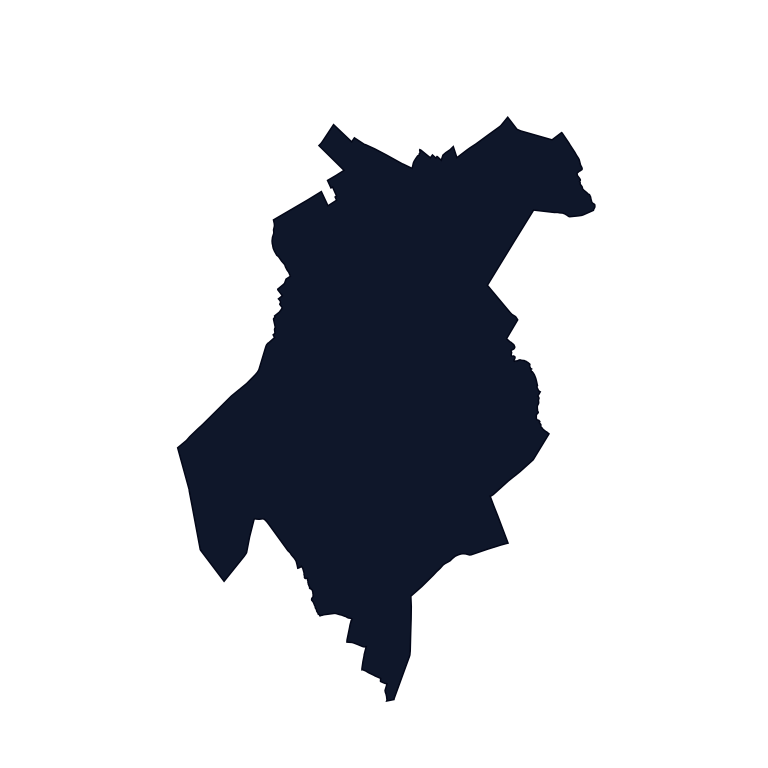 Giarmata, Timis, Romania (Natural Earth projection), rotated 110°
{"feature_id": "2599482B59348801816011", "entity_name": "Giarmata", "entity_type": "district", "adm_level": 2, "iso_a3": "ROU", "parent_name": "Romania", "parent_adm1": "Timis", "projection": "natural_earth1", "projection_center": [21.324, 45.849], "detail": "fine", "context": "isolated", "style": "filled", "palette": "ink", "viewbox_px": 768, "rotation_deg": 110, "n_neighbors": 0, "source": "geoboundaries", "source_scale": "gbopen_adm2", "svg_char_len": 6139}
<svg xmlns="http://www.w3.org/2000/svg" viewBox="0 0 768 768"><g transform="rotate(110 384 384)"><path d="M484.0,540.5L489.5,543.4L499.9,548.5L504.6,550.3L514.5,556.1L550.0,530.9L551.0,530.5L565.6,521.8L602.5,500.0L602.9,498.9L603.2,499.1L624.1,466.8L593.8,456.5L591.2,455.8L589.7,455.5L589.2,455.5L573.6,458.0L555.6,459.8L554.6,459.0L554.7,458.3L553.8,455.0L552.0,451.6L552.1,450.0L553.4,447.2L555.1,444.5L573.5,417.3L574.7,414.5L576.2,412.6L578.4,408.7L579.9,406.7L580.9,405.7L584.0,403.6L586.6,402.0L586.1,401.3L585.0,400.2L583.5,399.2L584.4,398.2L584.6,397.7L585.0,397.3L588.3,394.9L589.5,394.2L590.4,394.0L591.7,393.0L593.0,392.6L593.6,391.8L593.6,391.5L593.6,391.1L593.1,390.4L593.1,389.5L593.0,389.4L594.5,388.7L595.2,388.0L596.3,387.7L597.2,387.0L598.0,386.7L598.4,386.0L599.1,385.7L600.2,384.5L601.3,384.1L601.5,383.7L601.1,383.1L601.2,382.9L601.6,382.7L601.7,382.4L601.9,381.7L602.3,380.8L604.9,379.1L605.4,379.1L605.8,378.6L606.9,378.4L607.4,377.8L607.7,377.7L608.5,378.1L610.2,378.5L611.1,378.4L611.9,378.0L612.8,376.4L613.6,375.4L616.0,373.3L616.7,372.4L617.3,372.1L617.7,372.1L617.9,371.9L618.9,370.6L619.5,370.1L620.5,369.5L621.9,367.7L622.9,366.9L622.7,366.3L622.8,365.9L623.1,365.5L623.6,365.2L623.8,365.0L623.8,364.8L623.0,364.1L623.0,363.9L622.6,363.2L621.4,361.6L616.5,352.1L616.1,350.6L615.9,346.9L615.6,344.6L615.7,342.0L615.6,340.0L616.0,338.6L616.0,337.1L615.7,336.0L615.6,334.9L615.6,334.3L615.8,333.8L616.1,333.6L616.8,333.6L617.6,333.6L617.6,333.9L622.1,333.5L625.0,333.0L637.2,331.2L639.2,330.6L638.7,328.7L637.8,325.6L637.7,323.9L637.8,318.4L637.9,318.1L637.9,317.0L638.0,314.8L638.0,313.6L637.6,312.2L636.8,310.9L644.9,310.1L646.6,309.7L651.8,308.9L659.0,307.4L660.1,307.0L659.9,306.7L659.8,306.0L659.9,303.1L660.6,299.7L661.2,293.5L661.4,292.8L661.7,287.2L661.8,286.4L663.5,286.0L664.7,285.5L664.9,282.9L665.0,280.4L664.6,278.7L664.9,278.6L670.2,278.3L671.6,278.2L673.2,277.3L674.6,276.1L676.6,274.8L679.2,273.5L679.8,273.1L681.0,273.1L677.1,266.7L676.4,266.9L631.6,266.9L629.8,267.0L626.5,267.9L626.0,268.0L609.0,273.7L595.4,278.2L583.9,282.2L574.2,286.2L561.4,279.2L546.8,272.3L542.3,270.4L538.0,268.2L533.9,266.6L532.1,265.4L527.5,261.4L524.7,260.1L521.5,258.2L519.5,256.2L518.0,254.4L516.9,252.7L516.3,251.2L515.7,249.0L515.4,245.1L514.7,243.7L503.9,230.3L495.7,219.6L492.3,214.8L491.1,213.0L468.9,232.1L460.7,239.4L453.1,245.9L452.7,245.2L450.7,243.6L449.4,242.9L432.6,234.0L419.8,226.2L404.2,217.9L374.4,211.9L374.1,212.5L374.0,213.3L373.4,214.6L373.3,215.9L373.1,216.4L372.9,216.8L372.7,217.8L372.4,218.2L372.0,219.5L371.2,220.5L370.8,221.8L368.4,222.8L367.6,224.2L367.1,224.8L366.7,224.9L366.1,224.7L365.9,224.8L365.2,226.2L365.4,227.6L365.3,227.9L364.3,229.1L361.1,230.2L360.5,230.2L358.3,229.3L358.0,229.3L357.2,229.9L356.9,230.3L356.4,230.8L355.8,230.9L354.4,231.6L353.1,232.1L352.1,232.4L349.4,232.1L348.5,232.3L346.2,233.4L344.6,233.4L343.7,233.9L342.9,234.9L342.7,235.4L340.5,234.9L337.9,234.5L337.8,235.4L337.4,236.3L337.0,236.9L334.9,239.0L334.4,239.3L334.1,239.3L333.6,239.4L333.1,239.2L332.3,239.7L329.0,241.8L326.7,243.4L324.0,245.8L322.8,247.3L321.8,248.8L322.3,249.2L322.2,249.4L320.0,251.2L319.4,250.6L319.2,251.5L318.0,252.8L316.4,253.7L316.0,253.5L315.4,253.9L314.5,256.4L314.3,258.1L314.2,258.4L314.0,258.6L314.3,259.3L314.0,260.0L314.0,260.3L314.7,262.8L314.7,263.9L314.9,264.7L315.3,265.3L316.7,266.7L317.0,267.1L317.1,267.8L317.8,268.6L318.0,269.0L318.1,269.3L317.5,269.9L316.8,270.1L316.7,269.9L316.4,269.9L315.3,269.8L314.4,269.9L313.7,270.3L313.4,271.2L313.4,271.6L313.4,272.0L313.9,272.7L314.1,274.0L312.8,274.5L310.8,274.8L310.3,275.2L309.7,275.8L309.1,276.1L308.7,275.8L306.7,274.0L305.8,273.7L304.6,273.7L304.2,274.0L302.8,275.3L302.4,276.1L302.1,277.2L301.5,278.5L301.2,280.4L300.6,281.6L299.7,284.0L299.3,284.3L278.0,280.3L276.9,281.7L275.7,283.4L274.8,287.7L273.7,289.9L255.9,320.6L205.5,310.4L169.4,302.9L164.5,282.4L163.4,279.5L163.0,277.0L162.3,274.9L162.3,272.4L162.8,269.7L163.3,268.1L163.4,267.3L163.3,266.7L159.6,259.0L158.0,256.0L157.0,254.7L149.2,246.6L148.5,246.7L146.0,246.4L145.6,246.4L144.6,246.7L143.4,247.3L143.1,247.9L142.7,249.8L142.2,250.8L139.4,252.8L137.5,253.9L135.8,255.7L135.7,256.2L135.8,256.5L135.7,257.1L134.9,258.7L133.5,262.6L132.9,263.9L130.9,265.3L129.0,268.1L127.7,268.5L126.9,269.5L126.3,269.3L125.4,269.2L124.9,269.4L124.0,270.4L121.9,273.6L120.2,274.6L119.5,274.5L117.3,273.3L116.3,272.3L115.9,272.2L115.2,271.5L114.2,271.3L113.5,271.7L112.9,272.1L111.0,274.2L106.6,277.2L105.5,278.3L103.1,281.5L101.0,283.9L95.7,291.0L94.2,292.8L87.2,302.5L87.0,303.1L97.1,309.6L99.4,342.0L99.2,346.1L91.0,359.0L101.1,362.5L101.9,362.9L103.9,364.2L114.2,371.2L127.1,379.8L132.4,383.8L135.6,386.0L146.4,392.9L137.2,400.1L141.2,402.0L145.5,405.1L148.8,406.9L154.2,406.7L152.1,411.6L152.1,412.0L154.0,412.5L152.2,416.8L155.6,417.8L151.6,429.3L151.5,430.5L152.0,430.5L154.0,429.3L154.4,429.3L155.6,429.6L157.0,429.2L157.5,429.8L158.0,430.3L158.5,430.5L161.5,431.3L164.5,431.9L166.3,432.0L169.2,431.6L171.8,431.4L170.8,441.3L170.9,441.6L168.0,459.9L166.2,473.1L165.4,483.3L165.6,483.9L165.5,484.6L162.8,496.0L167.5,497.2L157.5,520.1L177.2,524.8L179.6,525.5L182.2,526.7L196.9,494.6L204.9,500.8L212.0,506.7L217.9,500.9L216.5,499.7L223.5,492.9L225.0,493.9L227.5,491.4L235.7,497.6L224.6,508.7L237.3,518.8L267.6,544.0L270.9,541.9L273.0,541.0L277.0,540.5L279.0,539.5L280.4,539.1L284.2,539.0L287.9,538.1L290.3,537.0L291.6,536.1L293.1,535.3L294.6,534.3L296.6,532.4L299.7,528.8L300.0,527.7L300.5,526.5L302.5,523.7L303.5,522.3L305.8,518.1L307.8,516.5L310.1,514.0L311.6,511.7L314.8,508.8L318.9,511.9L323.5,511.9L325.1,512.7L331.2,516.3L331.8,516.0L335.8,509.7L340.1,512.3L340.6,511.2L341.0,510.8L341.3,510.0L341.6,509.8L343.4,508.9L344.4,509.3L344.9,509.1L346.9,505.9L347.1,505.7L347.4,505.6L347.7,505.8L349.0,506.0L352.2,506.9L357.5,510.1L358.5,509.3L360.3,510.1L360.8,510.0L362.0,509.3L368.3,505.3L368.9,505.7L370.3,505.5L373.6,503.8L375.7,505.0L377.8,502.7L385.2,506.7L385.2,506.9L386.9,507.6L387.9,507.8L389.8,507.8L412.6,506.5L413.8,506.5L416.3,507.0L419.3,508.1L430.5,513.2L447.5,523.3L484.0,540.5Z" fill="#0f172a" stroke="#020617" stroke-width="1.5"/></g></svg>